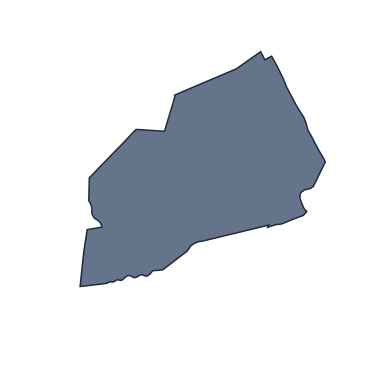 El Porvenir, Chiapas, Mexico, rotated 322°
{"feature_id": "50627088B63414133184656", "entity_name": "El Porvenir", "entity_type": "district", "adm_level": 2, "iso_a3": "MEX", "parent_name": "Mexico", "parent_adm1": "Chiapas", "projection": "albers", "projection_center": [-92.269, 15.429], "detail": "fine", "context": "isolated", "style": "filled", "palette": "slate", "viewbox_px": 384, "rotation_deg": 322, "n_neighbors": 0, "source": "geoboundaries", "source_scale": "gbopen_adm2", "svg_char_len": 1919}
<svg xmlns="http://www.w3.org/2000/svg" viewBox="0 0 384 384"><g transform="rotate(322 192 192)"><path d="M332.5,123.7L302.7,122.2L269.8,113.4L238.1,105.0L237.8,105.2L236.4,107.0L232.5,109.7L227.8,113.1L220.4,118.2L208.2,126.9L207.7,127.2L206.5,126.2L204.6,124.5L204.2,124.1L193.5,114.5L186.4,108.2L181.5,108.9L180.6,109.1L180.4,109.1L177.5,109.5L174.9,110.0L174.7,110.0L174.2,110.1L164.3,111.5L159.5,112.1L155.7,112.6L150.8,113.3L145.7,114.0L140.6,114.7L136.0,115.3L130.6,116.1L126.5,116.7L119.8,117.6L105.3,135.3L104.8,139.3L103.8,141.8L102.7,143.7L101.0,145.8L99.7,147.7L99.3,150.0L98.9,151.9L99.3,153.8L100.2,155.7L100.8,158.4L100.5,161.5L99.4,164.2L86.2,157.1L81.3,161.8L70.2,172.2L45.6,197.6L62.9,208.1L68.7,211.6L70.6,211.8L72.8,212.7L74.1,214.3L75.8,214.7L77.8,214.9L79.5,215.4L81.1,217.6L82.4,218.3L84.3,218.3L87.2,218.0L89.2,218.3L90.9,218.9L92.6,221.4L93.1,223.3L94.6,224.4L97.4,225.3L99.4,225.3L102.0,226.5L102.9,228.4L104.2,230.2L105.5,230.6L108.4,230.9L110.5,230.2L112.5,230.0L113.8,230.5L115.1,231.6L118.2,233.5L121.0,235.3L151.8,235.6L154.8,234.8L157.0,233.9L159.4,233.7L162.7,234.0L166.8,235.3L169.9,237.1L175.1,239.5L189.8,246.1L204.2,252.7L216.4,258.2L232.0,265.3L229.9,266.4L237.9,269.3L243.0,272.4L255.2,275.8L262.5,278.1L265.4,279.0L268.4,278.4L270.4,278.0L270.1,274.4L270.4,272.6L271.6,268.4L271.8,267.8L272.7,264.9L274.0,262.1L276.2,260.1L276.7,260.0L278.6,259.4L279.3,259.5L281.9,259.7L283.3,260.2L284.7,260.8L286.9,261.9L290.4,262.3L291.0,262.3L293.6,261.1L296.4,259.8L299.7,258.1L302.4,256.8L305.1,255.5L307.0,254.6L309.2,253.5L311.2,252.6L312.8,251.8L315.5,250.5L316.3,247.1L316.8,243.6L317.5,237.8L318.6,231.3L319.9,224.5L320.8,218.8L321.4,214.5L323.3,210.3L324.6,206.9L326.1,202.0L326.6,196.4L327.4,188.4L329.6,176.4L331.3,167.0L333.7,158.9L336.1,147.4L338.4,134.0L330.7,132.6L331.7,128.4L332.0,125.9L332.1,125.7L332.5,123.7Z" fill="#64748b" stroke="#1e293b" stroke-width="1.5"/></g></svg>